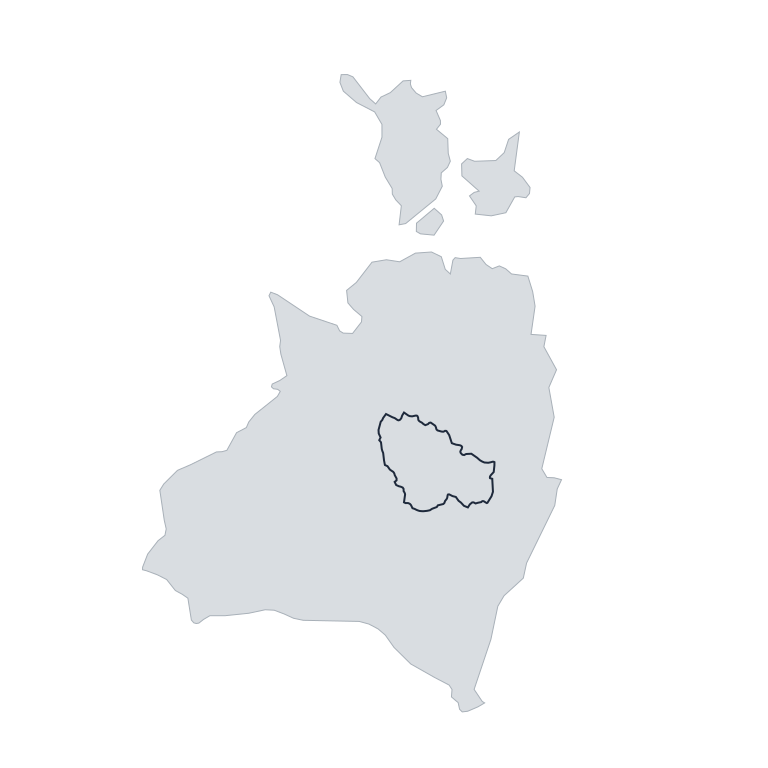 Järva on a map of Estonia (orthographic projection), rotated 103°
{"feature_id": "EST-1656", "entity_name": "Järva", "entity_type": "County", "adm_level": 1, "iso_a3": "EST", "parent_name": "Estonia", "parent_adm1": "", "projection": "orthographic", "projection_center": [25.661, 58.953], "detail": "medium", "context": "in_parent", "style": "outline", "palette": "slate", "viewbox_px": 768, "rotation_deg": 103, "n_neighbors": 0, "source": "natural_earth", "source_scale": "10m", "svg_char_len": 4358}
<svg xmlns="http://www.w3.org/2000/svg" viewBox="0 0 768 768"><g transform="rotate(103 384 384)"><path d="M619.3,577.5L616.8,578.0L602.9,576.0L587.5,568.9L580.7,563.4L574.2,563.6L566.3,567.4L538.0,578.5L531.0,576.1L514.6,565.8L506.3,554.5L487.9,532.0L486.4,526.6L484.0,522.2L464.6,516.7L457.4,508.3L451.4,507.2L442.7,503.0L420.1,485.1L414.5,483.4L413.1,486.4L413.5,490.6L412.1,493.0L409.2,492.9L404.0,486.3L397.7,480.5L378.1,491.2L371.0,494.0L364.8,494.6L333.5,508.4L323.9,515.9L320.0,515.0L321.0,507.8L334.6,471.8L337.4,443.1L342.2,439.2L343.6,435.2L341.8,426.0L328.6,419.9L323.2,420.7L318.2,430.4L313.1,437.4L301.2,441.5L291.3,433.8L268.0,423.1L262.4,409.6L261.4,396.2L249.4,382.8L244.7,367.4L247.1,356.8L258.5,350.1L261.9,344.1L247.8,344.7L244.9,343.1L244.5,337.6L238.9,318.7L244.6,311.5L247.3,304.5L243.0,298.2L244.4,291.3L248.1,284.5L246.5,268.1L260.6,259.9L274.2,254.3L302.6,251.9L300.2,237.0L311.7,236.6L331.3,219.1L350.3,222.6L378.1,210.7L431.1,211.2L438.4,204.2L437.1,197.1L437.3,189.5L447.3,191.6L463.9,190.3L526.4,204.8L541.8,204.6L563.3,219.4L574.9,223.1L608.8,222.4L661.3,227.5L671.2,216.9L672.1,214.2L677.4,219.8L684.0,228.8L685.9,234.0L683.9,237.2L677.7,240.1L676.3,243.0L673.7,247.9L666.4,249.0L662.7,252.8L658.6,268.6L650.8,294.9L638.4,315.0L628.4,326.2L624.0,334.6L621.3,344.7L620.9,354.7L632.4,409.5L632.6,419.4L630.5,429.7L629.1,440.1L630.7,449.0L637.8,464.2L645.6,487.0L648.9,501.5L653.9,506.8L658.6,510.6L659.6,513.0L659.5,515.6L657.3,518.6L636.8,526.9L634.2,533.5L632.2,540.8L623.4,551.8L620.9,561.9L619.4,573.4L619.3,577.5ZM158.7,370.9L165.4,375.7L171.7,374.6L178.2,371.7L192.0,375.2L222.8,399.0L225.5,405.1L206.4,407.2L201.9,414.0L197.1,418.6L191.7,420.0L182.1,429.3L169.3,438.1L166.4,443.5L144.0,441.5L131.5,444.4L121.0,454.3L115.9,474.2L107.8,489.5L100.0,494.8L92.2,495.3L90.7,489.3L91.7,483.4L109.2,462.1L113.0,455.1L105.1,451.5L98.7,443.4L84.4,433.6L82.1,426.2L85.7,425.8L89.0,423.9L93.3,418.1L95.5,411.2L84.9,390.1L91.1,387.3L98.5,388.5L105.8,394.8L114.6,388.3L118.2,387.4L124.0,390.2L130.6,377.1L144.8,373.3L152.0,369.5L158.7,370.9ZM189.7,334.2L181.5,343.0L177.0,339.2L174.7,334.7L163.7,354.9L152.1,357.9L145.6,353.5L146.6,345.8L141.1,325.3L131.5,318.9L117.6,317.6L108.0,308.8L147.0,305.1L151.4,295.6L159.7,285.9L165.7,285.1L170.6,287.6L171.2,295.5L172.3,298.7L189.7,303.8L196.0,317.3L197.9,333.3L189.7,334.2ZM228.1,386.8L220.0,388.5L201.5,374.6L206.3,365.9L211.8,362.6L227.7,368.7L229.5,382.2L228.1,386.8Z" fill="#d9dde1" stroke="#a8b0b8" stroke-width="1"/><path d="M462.7,364.9L458.4,366.8L451.4,369.3L449.4,370.7L447.7,371.6L441.5,373.8L439.8,376.0L436.9,375.3L433.4,378.0L430.0,379.0L421.5,378.7L419.5,377.6L417.3,377.2L412.8,375.3L414.5,368.3L414.8,365.9L416.1,362.6L416.1,361.5L415.3,360.4L413.6,359.5L410.6,359.2L407.3,358.1L409.3,353.1L409.5,351.7L409.2,349.3L407.7,346.2L407.4,345.0L407.8,344.1L409.1,343.2L411.2,342.5L411.9,341.8L412.5,340.7L413.2,338.2L414.1,336.7L414.8,334.5L413.2,332.1L411.7,331.2L411.3,330.4L411.1,329.8L413.1,324.8L414.7,323.5L415.5,323.2L416.5,322.6L417.2,321.4L417.3,319.4L417.4,317.5L417.2,315.6L416.6,314.7L415.9,314.0L415.7,313.0L415.8,312.5L419.1,309.0L426.4,304.6L426.9,300.2L426.6,296.3L426.9,294.7L427.8,293.7L430.0,293.7L431.5,294.3L432.9,294.4L434.0,293.7L435.3,291.7L435.2,289.9L434.1,288.7L433.7,288.1L432.3,283.2L434.9,276.7L436.7,273.4L437.5,270.8L437.9,268.5L437.3,264.7L436.3,262.5L435.3,260.7L435.1,259.6L435.3,258.8L438.5,258.1L445.1,257.3L448.8,259.4L450.3,259.9L451.3,259.8L451.9,259.5L452.0,257.2L464.5,253.6L469.2,254.0L476.5,256.5L476.9,257.1L476.5,258.5L475.9,260.0L475.8,261.2L476.0,261.7L476.5,262.3L477.2,262.7L478.6,265.8L479.8,267.9L479.2,270.0L479.5,271.4L482.0,273.3L485.4,274.5L484.7,278.7L482.2,282.4L481.0,285.1L477.9,288.6L477.8,292.1L476.9,295.6L477.2,296.7L478.0,297.0L480.6,296.8L481.8,297.0L484.3,298.2L486.3,298.4L487.6,299.2L490.1,304.2L492.0,304.9L494.8,309.1L496.7,310.9L497.9,313.5L499.1,317.0L499.5,319.1L499.7,320.8L499.6,322.2L499.4,323.7L498.8,326.2L498.6,328.3L496.0,330.4L495.5,331.0L495.0,331.8L494.7,333.0L494.6,333.9L495.2,336.2L494.8,337.9L486.9,338.6L486.0,339.0L484.9,339.8L484.1,340.7L481.7,341.4L480.7,342.5L480.3,344.6L480.3,346.4L479.7,349.4L477.0,351.6L475.1,350.1L473.2,350.5L470.3,353.1L469.4,353.5L468.3,354.3L467.5,355.3L466.7,357.5L466.0,359.1L463.3,362.1L462.7,364.9Z" fill="none" stroke="#1e293b" stroke-width="2"/></g></svg>